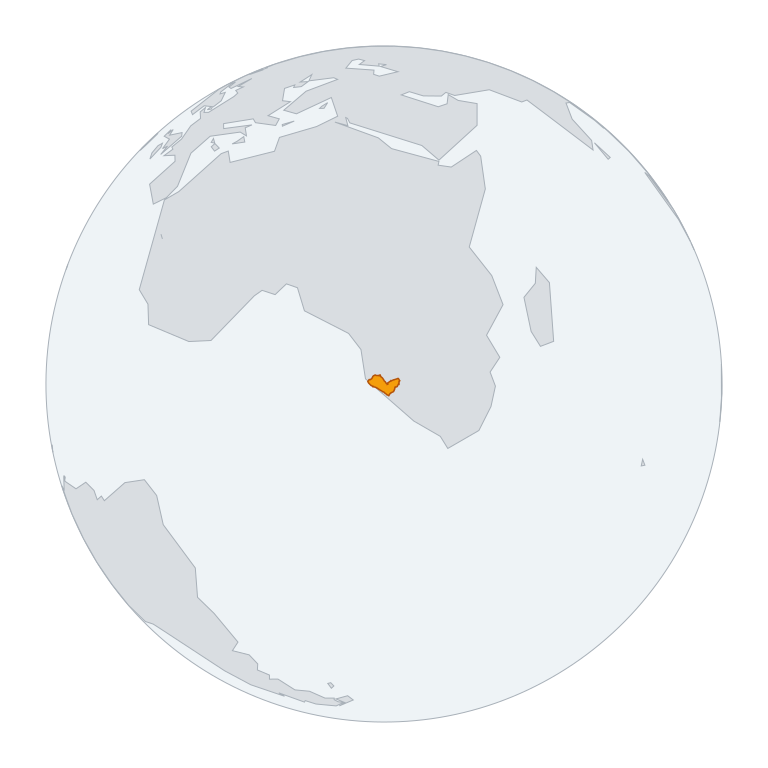 globe centered on Kunene, rotated 329°
{"feature_id": "NAM-3347", "entity_name": "Kunene", "entity_type": "Region", "adm_level": 1, "iso_a3": "NAM", "parent_name": "Namibia", "parent_adm1": "", "projection": "orthographic", "projection_center": [13.973, -19.069], "detail": "fine", "context": "on_globe", "style": "filled", "palette": "amber", "viewbox_px": 768, "rotation_deg": 329, "n_neighbors": 0, "source": "natural_earth", "source_scale": "10m", "svg_char_len": 7586}
<svg xmlns="http://www.w3.org/2000/svg" viewBox="0 0 768 768"><g transform="rotate(329 384 384)"><circle cx="384" cy="384" r="338" fill="#eef3f6" stroke="#a8b0b8"/><path d="M54.6,308.6L51.3,325.4L55.5,305.3L54.9,310.7L62.0,298.1L60.5,303.2L66.0,315.2L77.8,314.6L80.6,325.9L78.6,335.5L84.0,334.5L84.2,340.0L111.1,335.1L129.3,342.6L131.7,362.5L122.3,390.9L127.5,444.5L114.3,470.8L120.2,493.1L125.9,530.0L116.7,534.5L128.9,546.7L131.6,558.9L128.2,563.9L135.9,574.5L133.8,578.0L141.1,582.3L150.1,600.3L161.9,609.0L171.7,622.9L179.5,627.6L178.7,628.9L181.0,632.7L185.3,636.1L177.2,635.3L160.9,623.3L153.4,614.8L152.0,615.7L134.8,594.6L137.9,600.4L114.9,573.2L99.7,547.8L67.6,481.3L62.5,470.9L57.1,464.7L51.1,442.2L47.6,415.6L46.1,388.7L46.8,361.8L49.6,335.0L54.6,308.6ZM194.9,639.0L179.9,636.9L186.5,637.1L180.6,629.2L192.3,632.5L194.9,639.0ZM182.2,617.7L181.6,611.7L184.5,612.6L185.5,617.0L182.2,617.7ZM423.6,48.4L443.0,51.3L440.8,51.3L428.1,49.5L442.3,52.5L440.0,51.6L446.9,52.9L447.6,52.3L452.5,53.3L445.5,51.7L452.4,53.1L455.7,53.8L457.4,54.2L480.5,60.2L503.2,67.8L525.2,77.0L546.5,87.7L567.1,100.0L586.7,113.6L605.3,128.6L622.8,144.9L639.1,162.3L654.1,180.9L667.8,200.5L680.0,221.0L690.8,242.3L700.0,264.4L707.7,287.0L713.7,310.1L716.4,323.7L719.2,340.9L721.7,373.2L721.2,363.6L719.0,340.6L717.2,329.9L713.8,310.8L705.0,278.5L704.0,277.7L700.4,266.6L688.1,238.3L684.7,236.9L681.7,253.9L687.4,282.2L683.7,291.1L664.1,242.2L652.8,214.2L647.3,213.2L625.8,186.0L593.2,173.1L587.2,165.9L581.4,166.7L566.1,157.3L556.3,146.5L547.7,145.1L573.3,174.3L582.4,176.3L588.1,169.0L593.6,179.1L608.2,191.6L597.0,210.2L546.4,220.4L539.3,199.1L489.2,142.6L489.5,137.6L489.2,137.0L488.4,135.9L486.1,143.9L476.8,134.2L505.9,170.1L511.7,186.1L545.7,221.5L543.1,224.3L553.4,232.7L583.5,231.4L584.2,238.5L571.3,269.0L527.6,310.5L532.2,346.6L526.9,377.3L497.0,395.0L497.0,420.8L481.1,428.4L478.4,443.2L464.1,458.4L441.4,472.7L405.5,472.1L405.3,457.9L390.5,431.2L370.8,370.0L382.0,342.6L379.7,322.4L353.5,280.3L359.4,256.9L351.9,247.9L336.7,251.3L327.7,240.9L318.3,241.6L258.1,257.6L238.6,247.1L212.8,211.9L222.8,194.0L222.8,177.1L290.6,113.1L307.2,113.4L363.1,102.7L370.5,104.1L366.2,114.8L410.0,128.1L421.4,118.8L458.8,128.6L482.2,130.6L486.4,111.3L448.1,107.3L439.1,97.7L468.0,92.9L501.1,99.0L498.7,95.6L475.8,85.5L481.5,81.6L467.7,82.0L474.7,85.7L466.3,86.5L459.3,83.3L461.6,81.7L451.0,79.4L442.9,88.9L449.2,93.8L422.8,94.3L430.8,102.8L424.3,106.6L408.4,93.8L408.5,89.4L380.6,78.2L378.1,82.5L404.3,93.9L397.0,92.9L393.9,100.5L390.5,94.0L362.6,82.1L337.4,86.7L308.8,108.2L293.4,112.2L278.9,111.0L286.0,92.0L319.6,85.5L322.6,80.2L313.0,75.0L324.0,74.0L324.2,71.6L336.6,69.8L351.3,63.2L363.5,61.9L366.6,56.1L373.3,55.1L369.6,58.5L373.5,60.8L403.5,60.3L408.5,59.3L408.1,56.0L416.4,56.9L412.2,53.9L428.1,54.1L405.1,51.9L404.1,49.6L412.2,48.7L407.7,48.0L394.5,49.6L392.9,50.9L398.1,52.3L390.3,57.4L380.5,58.5L373.2,52.9L358.6,54.5L359.2,50.8L394.6,46.3L403.8,46.7L423.6,48.4ZM270.0,140.7L268.8,145.5L270.0,140.7ZM538.5,117.7L556.8,123.5L544.6,110.1L550.6,111.5L544.3,106.8L543.6,109.1L527.4,97.4L533.9,96.8L529.6,92.4L523.3,90.3L514.0,93.6L537.1,109.8L534.6,113.2L538.5,117.7ZM62.4,297.5L62.8,299.6L61.3,301.6L62.4,297.5ZM67.5,266.3L68.3,265.1L66.3,269.4L67.5,266.3ZM66.5,268.4L66.6,268.0L65.1,272.1L66.5,268.4ZM174.6,118.7L170.4,122.2L172.3,120.6L174.6,118.7ZM313.1,63.3L318.1,63.5L314.7,66.2L299.2,70.6L304.1,66.4L313.1,63.3ZM326.2,63.6L323.2,58.4L332.6,56.3L327.8,58.2L334.4,57.3L328.4,60.3L340.4,64.5L338.2,67.4L310.8,72.2L321.0,68.6L315.4,68.2L326.2,63.6ZM298.7,57.3L297.5,57.3L319.6,52.4L318.2,53.1L302.7,56.7L295.3,58.2L298.7,57.3ZM377.5,100.0L382.9,100.3L391.2,99.7L389.3,104.9L377.5,100.0ZM358.1,91.7L362.9,90.8L364.3,96.9L358.7,97.1L358.1,91.7ZM364.3,85.7L363.0,90.3L360.3,87.9L364.3,85.7ZM373.8,57.9L378.7,57.3L379.7,58.1L377.6,59.4L373.8,57.9ZM480.6,113.8L474.6,116.8L470.7,114.6L473.6,113.9L480.6,113.8ZM430.4,109.2L442.5,112.4L429.7,110.7L430.4,109.2ZM566.9,581.8L565.8,588.0L562.3,586.7L566.9,581.8ZM578.0,382.3L551.4,434.8L537.5,432.3L537.2,414.7L548.6,381.8L565.6,375.6L574.6,362.4L578.0,382.3ZM718.9,428.8L719.4,424.8L719.9,420.9L718.9,428.8ZM720.2,417.9L720.0,420.1L721.2,394.6L716.5,336.9L718.3,342.4L721.9,383.2L721.9,386.9L721.8,394.6L720.2,417.9ZM688.6,285.6L694.6,306.3L691.9,306.8L688.6,285.6ZM652.3,589.4L658.3,581.0L663.9,573.4L683.4,540.7L682.8,541.9L668.5,566.3L652.3,589.4Z" fill="#d9dde1" stroke="#a8b0b8" stroke-width="1"/><path d="M379.4,371.5L379.6,371.6L379.8,371.7L380.0,371.7L380.3,371.7L380.5,371.6L380.9,371.8L381.0,371.8L381.3,371.9L381.4,372.2L381.5,372.3L381.5,372.5L381.9,372.8L382.4,373.2L383.0,373.5L383.5,373.8L383.8,374.2L383.9,374.3L384.0,374.3L384.2,374.2L384.3,374.2L384.4,374.3L384.5,374.3L384.8,374.3L384.8,374.2L385.1,374.3L385.3,374.2L385.4,374.3L385.3,374.6L385.2,374.7L385.0,375.0L384.9,375.1L384.9,375.3L385.2,375.4L385.2,375.6L385.2,375.8L385.0,376.0L385.1,376.3L385.6,377.4L385.8,378.2L385.9,380.4L385.8,381.2L385.8,381.6L386.1,382.3L386.2,382.6L386.3,383.0L386.2,383.6L386.2,384.2L386.4,384.9L386.5,385.0L386.8,385.4L386.8,385.6L386.7,385.8L386.6,386.0L387.3,386.1L387.4,385.8L387.5,385.5L387.1,385.5L387.1,385.3L387.1,385.1L387.4,385.0L388.9,385.0L390.2,384.8L390.6,384.9L390.9,384.9L391.5,384.7L391.5,385.1L392.5,385.1L392.9,385.1L393.6,385.3L394.1,385.3L394.3,385.3L394.5,385.4L394.9,385.6L395.6,385.7L396.0,385.8L396.3,385.9L397.1,386.1L398.1,386.3L398.4,386.3L398.8,386.4L399.1,386.6L399.2,387.0L399.1,389.1L399.2,389.3L398.9,389.5L398.7,389.6L398.2,389.6L398.2,389.9L398.2,390.0L398.2,390.3L398.3,390.3L398.2,390.3L397.0,390.8L396.9,390.9L396.9,391.4L397.0,391.6L396.9,391.7L396.9,391.8L396.7,391.9L396.6,392.0L396.5,391.9L396.4,391.9L396.2,391.8L395.9,392.0L395.5,392.0L395.4,392.0L395.0,392.2L394.8,392.3L394.4,392.8L394.0,393.0L393.9,393.0L393.4,392.9L393.0,392.8L392.7,392.8L392.5,392.7L392.4,392.7L392.2,392.5L392.2,392.4L391.8,392.4L391.7,392.4L391.7,392.5L391.3,393.1L391.2,393.1L390.4,393.8L390.4,394.0L390.1,394.2L389.9,394.2L389.6,394.5L389.4,394.6L389.3,394.8L389.2,394.8L388.9,394.9L388.9,395.0L388.7,395.1L388.5,395.3L388.4,395.3L388.2,395.4L387.9,395.4L387.7,395.4L387.4,395.4L387.2,395.3L386.8,395.3L386.7,395.3L386.5,395.2L386.4,395.2L386.2,395.2L385.8,395.3L385.7,395.3L385.3,395.1L385.2,395.1L384.9,395.2L384.9,395.3L384.7,395.3L384.4,395.4L384.0,395.4L383.6,395.6L383.4,395.8L383.2,395.9L382.9,396.0L382.7,396.1L382.5,396.3L382.1,396.5L382.0,396.3L381.5,395.4L381.2,395.1L381.2,394.9L380.9,394.7L380.8,394.3L380.7,393.8L380.6,393.3L380.1,392.4L379.9,391.8L379.9,391.6L379.8,391.1L379.6,390.6L379.5,390.4L379.2,390.3L379.0,390.2L378.8,389.9L378.6,389.1L378.2,388.3L378.1,388.1L377.9,387.8L377.5,387.1L377.4,386.9L377.2,386.5L376.9,386.0L376.9,385.9L376.8,385.7L376.7,385.3L376.6,385.1L376.4,384.9L376.2,384.2L375.9,383.8L375.7,383.7L375.6,383.2L374.6,381.9L373.9,381.4L373.7,381.1L373.5,380.9L373.4,380.9L373.1,380.7L373.1,380.4L373.0,380.1L372.9,380.1L372.9,379.9L373.0,379.9L372.8,379.7L372.6,379.1L372.1,378.6L372.0,378.3L372.0,378.0L371.9,377.7L371.7,376.9L371.6,376.5L371.5,375.9L371.4,375.6L371.4,375.4L371.3,375.1L371.3,374.6L371.5,373.4L371.8,373.4L372.0,373.3L372.1,373.2L372.3,373.1L372.6,372.9L372.8,372.8L373.0,372.7L373.3,372.7L373.5,372.7L373.7,372.8L373.8,372.7L373.9,372.8L374.0,372.9L374.0,373.0L374.3,373.2L374.7,373.1L375.0,373.1L375.4,373.1L375.5,373.1L375.8,373.2L376.0,373.2L376.5,372.9L376.9,372.8L377.0,372.6L377.3,372.5L377.5,372.4L377.7,372.2L377.8,372.2L378.0,372.0L378.1,371.9L378.3,371.9L378.6,371.7L379.2,371.6L379.3,371.5L379.4,371.5Z" fill="#f59e0b" stroke="#b45309" stroke-width="1.5"/></g></svg>